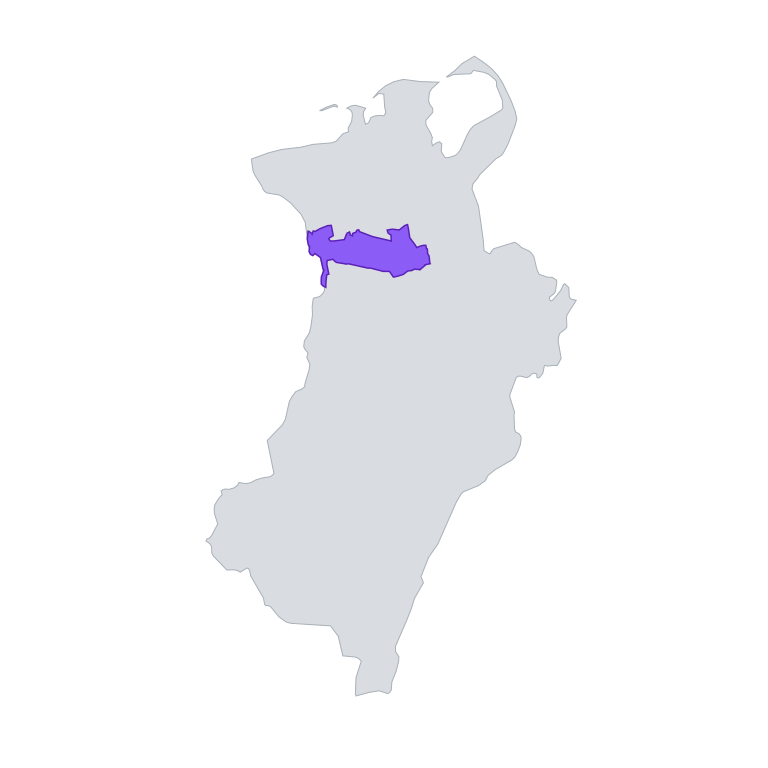 Magtymguly, Balkan, Turkmenistan (highlighted), rotated 79°
{"feature_id": "10190150B5540422332593", "entity_name": "Magtymguly", "entity_type": "district", "adm_level": 2, "iso_a3": "TKM", "parent_name": "Turkmenistan", "parent_adm1": "Balkan", "projection": "natural_earth1", "projection_center": [56.485, 39.153], "detail": "fine", "context": "in_parent", "style": "filled", "palette": "violet", "viewbox_px": 768, "rotation_deg": 79, "n_neighbors": 0, "source": "geoboundaries", "source_scale": "gbopen_adm2", "svg_char_len": 5373}
<svg xmlns="http://www.w3.org/2000/svg" viewBox="0 0 768 768"><g transform="rotate(79 384 384)"><path d="M227.8,257.3L261.7,259.1L272.1,260.4L276.4,255.8L276.2,254.6L274.6,253.6L272.1,250.4L269.8,228.6L272.7,225.5L276.1,223.2L281.0,216.4L283.6,214.3L287.5,212.6L300.4,212.1L305.9,210.8L310.5,203.0L311.4,198.5L314.9,194.9L316.9,194.9L325.7,198.0L327.6,199.6L330.6,205.3L333.9,204.9L334.3,204.0L334.0,202.8L331.4,199.2L325.9,192.7L320.5,188.7L320.0,187.4L324.6,184.2L333.8,185.5L336.2,184.5L338.5,179.3L350.8,190.9L353.1,192.1L362.8,193.6L364.5,195.2L367.9,201.9L371.2,203.7L375.3,204.9L392.6,205.2L398.1,209.6L399.0,210.7L398.0,213.9L397.7,219.9L396.4,222.4L397.3,223.4L403.5,225.9L407.1,229.8L407.5,231.5L406.5,232.6L403.6,232.1L402.2,233.8L402.3,237.0L404.4,240.0L405.0,242.7L402.1,249.0L402.1,251.6L403.1,253.1L418.8,262.7L421.3,262.9L436.4,261.2L439.2,262.3L452.4,264.4L456.1,264.1L458.6,261.0L460.9,259.8L463.2,259.7L469.5,261.7L476.2,265.8L480.7,269.5L482.9,272.9L489.4,291.5L493.5,299.2L498.3,303.1L501.7,310.4L504.9,326.3L506.8,329.5L514.1,335.8L551.4,361.7L562.8,373.4L580.3,384.5L586.6,383.2L600.4,395.1L609.1,399.7L620.3,406.8L644.0,423.0L649.0,423.7L654.5,421.4L659.4,422.7L668.3,426.9L677.9,433.1L685.9,435.3L688.3,438.1L688.5,439.6L684.2,447.4L683.9,457.5L684.9,471.0L682.7,471.2L666.8,467.5L651.6,459.1L648.2,461.8L646.4,464.6L643.0,476.3L622.9,477.0L611.2,482.7L601.3,520.7L599.0,525.4L592.5,531.6L581.0,537.8L579.3,540.2L579.0,542.5L577.6,543.2L571.1,543.2L546.9,551.5L541.5,551.5L539.4,552.2L538.5,553.6L541.3,561.2L539.1,563.4L537.7,567.2L536.6,573.8L520.7,584.1L517.3,585.3L510.9,584.3L507.5,585.4L504.2,588.7L502.5,587.7L501.7,584.4L499.9,582.2L489.7,573.9L478.2,575.2L473.9,574.5L470.4,573.2L465.1,568.4L461.7,563.9L458.0,564.4L457.0,562.3L456.8,559.8L457.8,556.7L457.4,551.0L455.3,546.9L453.0,545.1L455.5,538.5L455.4,533.6L453.7,528.2L453.0,520.5L453.3,512.9L451.0,509.1L417.2,509.4L404.9,491.8L399.9,487.6L383.0,480.2L378.3,476.2L374.5,471.8L373.4,465.8L371.5,462.3L368.9,461.7L355.7,454.8L350.4,453.0L343.2,454.7L338.9,452.7L333.9,455.4L331.8,455.6L326.4,453.9L319.7,447.6L314.2,445.0L302.5,441.0L294.2,439.7L287.0,437.3L286.2,436.4L286.0,431.1L285.0,428.9L282.9,426.2L280.0,424.2L267.6,424.4L261.9,422.4L257.4,422.1L247.5,422.4L244.3,423.9L242.4,425.6L241.3,430.8L240.2,431.6L230.6,431.7L210.2,430.5L201.6,433.1L188.4,441.1L180.8,447.9L178.5,450.8L174.0,462.8L172.0,464.5L169.4,465.8L166.7,466.1L154.6,470.8L149.9,471.9L137.9,471.3L135.1,453.7L134.2,439.8L135.7,420.5L135.2,408.1L137.3,389.3L136.6,384.7L130.5,376.5L129.7,370.7L126.0,370.4L119.9,365.6L113.9,363.7L110.9,363.6L108.2,365.0L106.1,367.8L104.8,363.4L104.9,358.8L109.8,349.3L112.7,352.0L116.3,353.2L125.5,352.6L124.7,349.3L120.0,346.0L119.1,341.7L119.5,337.3L120.7,333.1L119.3,331.4L117.2,330.4L112.2,330.5L99.3,328.9L97.8,333.8L101.3,340.4L95.5,332.9L91.5,325.3L89.1,316.4L88.7,306.8L93.9,291.4L98.2,272.5L103.0,280.5L106.6,283.9L114.6,286.2L118.5,285.7L122.7,283.6L126.7,284.3L133.0,292.5L137.5,293.4L146.9,290.3L151.4,289.5L155.2,291.0L159.3,291.0L157.5,287.1L156.8,283.4L159.2,281.4L166.6,283.5L172.5,281.3L173.6,280.4L174.1,277.1L173.3,270.7L172.0,268.0L168.6,264.2L155.6,255.0L151.2,251.4L147.6,246.7L141.7,228.0L137.3,216.1L135.5,214.7L127.9,213.7L113.4,216.6L108.3,215.9L105.9,217.2L99.9,222.2L97.1,226.5L93.2,236.4L96.0,239.6L93.5,256.2L94.8,263.3L94.3,263.8L90.0,254.9L84.3,246.2L79.5,232.7L88.3,223.9L95.8,217.7L103.7,213.0L112.0,209.9L130.5,205.1L140.8,203.3L149.1,203.0L155.4,206.0L172.6,216.8L180.0,222.8L182.1,225.3L184.2,231.1L196.7,250.0L199.7,252.6L204.6,258.6L209.3,260.4L227.8,257.3ZM103.8,392.6L103.4,395.1L101.2,387.6L100.1,379.2L101.6,376.8L103.3,377.0L101.6,380.0L103.8,392.6Z" fill="#d9dde1" stroke="#a8b0b8" stroke-width="1"/><path d="M222.7,425.8L222.8,425.9L221.7,426.8L219.2,429.3L218.9,429.3L223.4,430.5L226.9,431.7L233.4,431.7L235.0,430.8L236.9,431.4L239.7,432.3L242.8,431.4L244.4,429.3L242.8,427.1L245.0,424.7L247.8,422.2L259.0,421.9L260.9,421.3L266.8,425.0L270.3,425.9L274.0,426.5L276.2,425.0L278.0,422.7L273.1,421.6L265.9,419.4L265.6,417.2L255.5,417.3L251.9,416.2L251.9,412.3L251.8,410.4L254.9,408.3L255.7,407.2L258.5,399.5L258.7,399.3L259.0,398.5L259.1,397.6L259.2,396.2L259.3,395.8L259.3,395.7L267.1,377.9L267.4,376.7L267.5,375.5L269.2,371.9L271.8,366.4L273.2,363.6L273.5,362.2L274.5,357.4L274.7,357.1L280.8,354.4L280.9,352.6L280.7,349.0L280.1,344.3L280.0,344.0L277.6,339.1L277.9,335.3L277.9,334.9L277.0,332.0L277.5,330.8L278.3,327.6L278.3,326.6L279.1,327.6L275.1,320.6L274.9,320.7L274.9,320.3L274.8,320.1L274.7,315.7L274.0,315.9L268.0,315.4L266.7,315.4L264.2,316.3L262.4,316.0L259.7,315.7L259.1,316.5L255.8,316.5L255.4,319.0L255.6,322.3L256.3,325.8L253.2,327.0L245.3,330.8L236.0,330.4L232.0,330.5L232.2,332.3L232.5,333.6L233.6,335.7L235.0,338.4L235.7,339.7L233.7,345.9L233.5,348.3L233.5,351.5L235.5,351.4L236.7,351.1L237.8,350.1L239.0,348.9L239.1,348.7L242.3,349.2L245.0,349.6L237.2,367.0L229.7,379.1L227.9,379.3L227.7,380.5L228.1,381.6L229.7,382.7L229.8,382.8L229.9,384.8L230.3,386.1L232.5,386.6L231.6,388.2L231.3,388.8L229.7,388.6L228.2,388.8L228.8,391.3L230.2,392.5L232.4,393.9L234.7,395.4L234.1,405.5L233.4,409.4L230.9,410.6L230.0,409.4L229.4,407.4L228.7,405.5L224.7,405.5L218.2,405.5L217.8,409.1L219.1,416.1L219.6,418.0L220.5,420.8L221.1,422.4L220.3,424.3L222.8,425.8L222.7,425.8Z" fill="#8b5cf6" stroke="#5b21b6" stroke-width="1.5"/></g></svg>